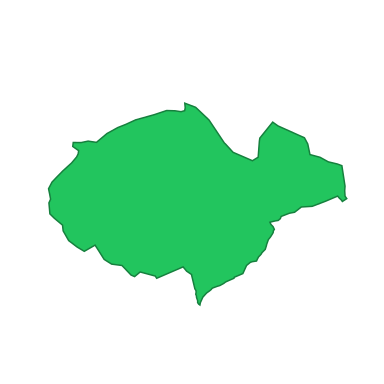 the district of Isi-Uzo, Enugu, Nigeria, rotated 220°
{"feature_id": "59680162B86026568122675", "entity_name": "Isi-Uzo", "entity_type": "district", "adm_level": 2, "iso_a3": "NGA", "parent_name": "Nigeria", "parent_adm1": "Enugu", "projection": "mercator", "projection_center": [7.695, 6.727], "detail": "fine", "context": "isolated", "style": "filled", "palette": "green", "viewbox_px": 384, "rotation_deg": 220, "n_neighbors": 0, "source": "geoboundaries", "source_scale": "gbopen_adm2", "svg_char_len": 1752}
<svg xmlns="http://www.w3.org/2000/svg" viewBox="0 0 384 384"><g transform="rotate(220 192 192)"><path d="M104.8,153.9L100.6,162.2L103.0,170.8L102.1,175.6L101.0,177.4L98.2,180.6L98.8,182.7L99.3,185.1L99.1,187.4L99.1,189.2L99.4,190.4L99.0,195.1L100.5,198.7L101.1,199.8L102.9,204.6L103.0,208.3L103.7,213.0L104.7,214.6L104.9,216.3L107.7,217.6L110.6,217.9L112.9,218.9L109.7,223.3L107.7,225.6L107.2,228.3L108.0,230.6L103.7,238.4L100.4,242.4L98.6,250.8L90.7,258.3L83.8,270.7L77.8,282.5L75.2,282.0L72.8,281.9L70.7,281.4L69.2,286.4L72.1,287.2L75.9,291.2L78.5,294.8L94.1,308.5L98.6,306.9L107.0,302.7L116.2,300.9L125.7,296.5L134.2,303.2L140.7,305.8L168.6,297.9L175.1,297.4L174.7,276.9L173.1,274.3L163.7,261.2L165.8,254.8L172.6,252.8L186.0,248.8L197.4,250.3L198.6,250.3L225.3,258.1L241.6,259.1L243.7,259.2L254.6,255.4L251.3,252.1L249.9,249.6L252.0,246.5L257.2,243.3L263.8,238.1L270.6,227.0L281.5,211.1L286.2,201.2L290.3,193.6L294.7,182.2L297.1,168.6L304.3,164.2L308.7,158.6L314.8,153.6L312.6,150.2L305.4,150.8L303.7,148.0L302.9,144.7L302.9,136.9L304.5,125.2L304.8,121.2L305.2,116.1L305.6,109.6L304.0,102.3L300.2,99.3L295.7,95.6L294.6,91.7L286.8,83.9L280.7,83.4L269.9,83.4L265.7,79.4L255.2,75.5L244.7,76.0L236.4,77.3L232.1,89.0L225.3,86.9L216.0,83.9L212.2,84.4L207.2,85.1L198.4,90.7L185.3,89.2L181.6,90.3L180.3,97.4L166.1,104.0L163.6,103.2L150.7,128.9L145.2,127.9L139.3,128.5L138.9,128.1L128.8,120.6L127.6,119.7L125.5,119.0L124.2,117.5L123.4,116.1L121.9,115.3L120.7,114.1L117.7,112.3L116.6,110.9L114.9,110.4L113.3,110.5L114.5,112.7L115.5,116.3L116.1,118.4L115.9,124.0L115.0,127.5L114.6,129.7L114.7,131.0L114.3,132.0L112.2,135.7L110.5,138.3L108.9,142.4L108.5,144.4L108.0,145.6L104.4,152.9L104.8,153.9Z" fill="#22c55e" stroke="#15803d" stroke-width="1.5"/></g></svg>